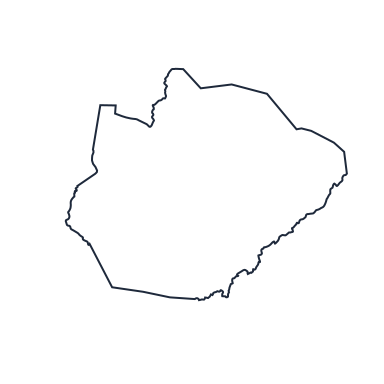 Belen Gualcho, Ocotepeque, Honduras (Albers equal-area conic projection), rotated 31°
{"feature_id": "27666195B17925078657683", "entity_name": "Belen Gualcho", "entity_type": "district", "adm_level": 2, "iso_a3": "HND", "parent_name": "Honduras", "parent_adm1": "Ocotepeque", "projection": "albers", "projection_center": [-88.771, 14.48], "detail": "fine", "context": "isolated", "style": "outline", "palette": "slate", "viewbox_px": 384, "rotation_deg": 31, "n_neighbors": 0, "source": "geoboundaries", "source_scale": "gbopen_adm2", "svg_char_len": 5962}
<svg xmlns="http://www.w3.org/2000/svg" viewBox="0 0 384 384"><g transform="rotate(31 192 192)"><path d="M82.0,157.1L68.7,164.8L85.3,206.8L86.2,207.3L87.2,208.9L87.5,210.6L87.7,212.0L88.5,213.7L89.3,215.2L90.0,216.4L91.2,217.5L92.7,218.8L94.4,219.5L96.4,220.3L98.0,221.4L99.6,222.5L100.2,224.0L99.7,226.1L90.7,245.8L90.9,245.9L91.1,246.2L91.2,246.5L91.3,246.9L91.2,247.1L90.7,247.9L90.5,248.7L90.6,249.0L92.0,249.6L92.3,249.9L92.4,250.1L92.4,250.5L92.2,250.8L92.0,251.0L91.4,251.2L91.2,251.5L91.4,252.2L91.9,252.5L92.1,252.8L92.1,253.1L91.8,253.5L91.8,253.9L93.5,256.5L93.1,257.5L92.8,259.4L92.7,260.5L92.8,261.6L93.0,262.5L93.4,263.4L93.8,264.1L94.7,265.4L95.2,266.3L95.7,267.4L96.1,268.4L96.3,269.6L96.4,270.7L96.4,271.7L96.2,272.7L96.3,273.1L96.6,273.6L97.2,273.8L99.1,275.5L99.6,276.2L99.9,277.0L100.0,277.9L99.9,278.8L99.6,279.5L98.9,280.4L98.6,280.9L98.6,281.4L98.8,281.9L99.1,282.3L99.4,282.5L101.4,284.3L101.8,284.6L102.3,284.7L102.8,284.7L103.3,284.6L104.1,284.2L104.5,284.2L105.0,284.2L105.7,284.6L106.4,285.4L106.8,285.7L107.6,286.1L108.2,286.1L110.1,286.0L114.8,286.0L115.9,286.1L117.6,286.7L118.8,286.9L119.9,287.0L121.4,287.0L121.7,287.1L122.0,287.3L122.2,287.6L122.5,288.4L122.8,288.6L123.1,288.8L123.5,288.9L124.3,288.9L125.6,288.8L127.3,288.5L127.9,288.6L128.6,288.9L129.7,290.1L130.1,290.5L130.4,290.6L130.8,290.5L131.1,290.2L131.1,289.3L172.6,314.8L201.5,302.7L227.3,293.7L249.6,282.3L249.9,281.6L250.2,281.1L250.6,280.7L251.1,280.4L251.8,280.3L252.5,280.3L253.1,280.6L253.7,281.1L254.7,280.2L255.7,279.1L256.6,278.6L257.5,278.2L257.8,277.9L257.9,276.7L257.8,276.2L257.6,275.7L258.9,275.1L260.0,274.8L260.4,274.6L260.6,273.8L261.0,272.9L261.1,272.5L261.0,270.0L262.6,269.8L262.6,269.4L262.6,268.8L262.3,267.8L262.7,266.8L263.1,266.3L264.0,265.5L264.8,264.0L266.0,263.7L266.8,263.3L267.2,262.5L267.1,261.6L267.3,261.3L268.0,261.2L269.1,261.3L269.6,261.4L270.1,261.7L270.4,262.3L270.4,263.3L270.5,263.9L271.1,265.1L271.6,265.7L273.9,264.5L274.3,264.3L274.8,264.3L275.2,264.6L275.6,264.6L276.1,264.3L276.5,263.7L276.7,263.3L276.7,263.1L275.5,260.9L275.4,260.2L275.3,258.8L274.7,258.3L274.2,257.6L274.2,256.7L273.4,254.7L272.8,251.5L272.7,251.1L272.8,250.8L273.3,250.1L273.8,249.6L273.9,249.3L273.5,248.8L272.4,247.7L271.9,247.0L271.5,246.1L271.5,245.3L271.8,244.8L272.3,244.5L272.7,244.0L272.9,243.1L273.1,241.9L273.2,241.6L273.4,241.4L274.3,240.7L274.7,240.3L274.7,240.1L274.0,240.1L273.5,239.9L273.1,239.5L273.1,239.1L273.4,238.1L275.4,234.4L276.1,232.9L276.6,232.2L277.1,231.7L277.9,231.4L278.9,231.4L280.0,231.5L280.6,231.7L280.9,231.9L281.1,232.1L281.3,232.8L281.8,233.3L282.1,233.5L282.2,233.3L282.6,232.8L283.6,231.0L283.8,230.8L284.4,230.8L284.6,230.6L284.9,229.4L285.2,228.8L284.7,227.7L284.2,226.7L284.3,226.6L285.7,226.3L285.9,225.9L286.1,225.2L286.1,224.8L285.9,224.1L285.8,223.3L286.0,220.2L285.7,219.2L285.3,218.1L285.3,217.6L285.3,217.4L285.4,217.2L285.6,217.1L286.1,217.2L286.3,216.9L286.2,216.7L285.8,216.3L283.9,214.7L282.4,213.2L281.6,212.2L281.8,211.9L283.3,210.3L283.6,209.8L283.6,209.3L283.6,208.8L283.3,208.3L282.2,207.3L281.5,206.4L281.3,205.8L281.3,205.3L281.4,204.9L281.9,204.3L282.3,203.7L282.3,203.4L282.1,202.8L282.2,202.4L282.6,202.0L283.4,201.4L284.1,200.6L285.0,199.4L285.7,198.2L286.3,196.7L286.9,193.9L287.2,193.1L287.5,192.5L287.8,192.2L288.0,192.2L289.6,193.5L289.8,193.4L290.0,193.0L290.3,191.9L290.7,190.0L290.8,189.7L290.7,188.8L290.8,188.2L290.2,186.1L290.1,185.6L290.4,184.6L291.0,183.3L291.4,182.6L291.8,182.2L293.9,181.3L294.3,181.1L294.6,180.8L295.0,179.8L295.7,177.6L296.0,176.7L296.7,176.3L297.1,176.1L297.9,175.2L298.6,174.6L298.9,174.1L298.9,173.9L298.4,173.3L297.6,172.5L296.9,172.2L296.6,171.9L296.4,171.6L296.4,171.3L296.5,171.2L296.8,171.1L296.9,170.9L297.3,169.6L297.6,167.5L297.9,166.5L297.8,165.1L297.8,164.4L298.1,164.2L298.5,164.4L298.8,164.3L299.2,164.0L299.5,163.6L299.4,163.0L299.0,161.2L299.0,160.8L299.1,160.4L299.3,159.9L299.6,159.4L300.8,158.4L301.1,158.0L301.5,157.3L301.8,156.2L302.2,155.4L302.2,154.8L301.7,152.9L301.7,152.6L301.8,152.2L302.0,151.9L302.3,151.5L303.2,150.9L304.6,149.7L306.2,148.5L306.9,147.9L307.2,147.2L307.5,146.0L307.7,144.2L307.8,143.6L309.5,141.8L310.4,140.3L310.8,139.4L311.8,137.9L312.2,137.0L312.3,136.4L312.4,135.6L312.2,133.3L311.8,131.2L311.1,128.8L311.2,127.8L311.0,124.1L311.3,122.5L311.3,122.1L311.0,121.5L310.0,120.0L309.6,119.2L309.3,118.6L309.3,118.0L310.2,115.9L310.1,115.4L309.5,113.6L309.4,112.7L309.5,111.8L309.7,111.5L311.4,111.7L312.7,112.3L312.9,112.3L313.2,112.1L313.4,111.6L313.6,110.8L313.9,108.0L314.7,106.0L314.9,105.3L314.9,104.8L314.8,104.2L313.8,102.9L313.5,102.2L313.4,101.5L313.4,100.1L313.5,99.7L313.8,99.2L314.2,98.9L314.7,98.5L315.0,98.2L315.3,96.5L301.7,79.2L288.2,76.6L262.7,78.2L253.1,81.1L249.3,84.4L205.7,69.2L170.6,79.4L146.1,98.6L121.2,91.2L114.6,94.8L113.6,95.6L112.1,96.5L111.6,97.0L111.3,97.6L111.2,98.5L110.8,100.8L110.9,102.2L110.8,103.5L111.2,104.2L111.4,104.8L110.7,108.4L110.7,108.9L110.9,109.2L111.6,109.6L112.2,110.4L112.2,110.7L112.0,111.5L112.0,112.7L112.2,113.0L112.7,113.3L115.4,113.9L115.8,114.1L116.1,114.3L116.1,114.7L116.0,115.6L116.3,117.6L116.2,118.1L116.3,118.4L116.6,118.8L117.1,119.2L117.3,119.5L117.7,120.6L118.1,121.1L119.1,122.1L120.0,122.8L120.3,123.1L120.5,123.7L120.7,125.4L120.7,125.7L120.6,125.8L119.6,126.2L119.0,126.6L118.8,127.3L118.6,128.3L118.2,129.2L117.7,129.8L116.9,130.4L116.6,130.8L116.4,131.1L115.3,135.6L114.8,136.7L114.4,137.1L113.8,137.4L113.7,137.8L113.9,138.2L115.7,139.4L116.5,140.5L116.6,140.9L116.3,141.4L116.2,142.2L116.3,142.9L116.4,143.5L116.7,144.2L117.2,144.7L117.5,144.8L118.3,145.0L118.8,145.4L119.1,145.7L119.2,146.1L119.0,147.5L119.0,148.1L119.1,148.4L119.9,149.0L121.2,149.4L121.9,149.8L122.5,150.2L122.6,150.8L122.6,152.2L123.1,155.8L122.8,157.3L122.4,157.8L121.7,158.0L118.3,157.2L109.1,158.0L108.1,158.0L107.4,158.1L106.1,158.5L103.8,159.6L101.4,160.6L97.2,162.0L93.1,163.0L85.7,164.4L82.0,157.1Z" fill="none" stroke="#1e293b" stroke-width="2"/></g></svg>